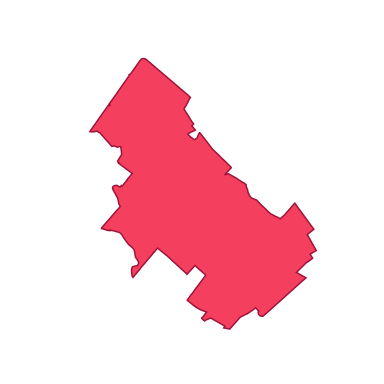 Moara Vlasiei, Ilfov, Romania, rotated 247°
{"feature_id": "2599482B21816132488062", "entity_name": "Moara Vlasiei", "entity_type": "district", "adm_level": 2, "iso_a3": "ROU", "parent_name": "Romania", "parent_adm1": "Ilfov", "projection": "mercator", "projection_center": [26.22, 44.633], "detail": "fine", "context": "isolated", "style": "filled", "palette": "rose", "viewbox_px": 384, "rotation_deg": 247, "n_neighbors": 0, "source": "geoboundaries", "source_scale": "gbopen_adm2", "svg_char_len": 5914}
<svg xmlns="http://www.w3.org/2000/svg" viewBox="0 0 384 384"><g transform="rotate(247 192 192)"><path d="M288.3,122.8L287.5,121.6L287.1,122.3L286.5,123.3L286.3,124.0L286.0,124.3L285.9,124.6L285.9,125.0L285.5,126.3L285.4,127.3L285.3,127.8L285.0,128.6L284.7,128.8L283.9,129.0L283.4,129.2L282.6,130.3L269.9,134.5L268.5,135.0L266.4,135.6L265.2,136.1L265.1,136.6L265.0,137.7L264.8,138.4L264.7,138.6L262.4,140.8L262.3,141.0L262.2,142.8L262.1,143.1L261.9,143.4L261.5,144.1L259.4,143.5L257.3,143.0L255.7,142.5L254.7,142.1L253.8,141.6L253.3,141.0L252.2,139.3L251.3,138.0L249.9,136.1L249.1,135.3L249.2,135.2L247.3,136.2L247.0,135.7L245.7,136.5L232.4,144.2L228.9,137.3L228.7,137.5L224.8,130.2L225.7,129.5L224.8,128.4L224.8,128.1L225.0,127.5L225.1,127.3L225.7,126.8L226.3,126.3L226.8,126.0L227.4,125.5L227.6,125.2L228.1,123.6L228.0,122.7L228.1,122.2L228.0,121.6L227.7,121.1L227.3,120.8L226.8,120.4L225.9,120.2L222.3,120.4L219.9,120.9L218.4,120.8L216.9,121.0L216.4,121.1L215.5,121.1L214.2,121.0L212.0,120.5L209.5,120.1L208.2,120.2L206.7,120.3L205.9,118.8L204.7,116.1L203.0,112.5L202.4,111.4L201.6,109.8L201.0,108.4L200.0,106.5L199.3,105.2L198.6,103.6L197.7,101.7L196.8,100.0L195.9,98.0L194.3,94.9L193.7,94.4L193.3,95.0L192.8,95.8L192.2,96.4L191.7,96.9L191.4,97.3L190.4,98.4L189.6,99.2L189.2,100.2L188.6,101.3L189.0,101.3L187.4,104.0L183.6,108.8L183.0,109.4L181.9,110.1L180.8,110.5L179.6,110.8L178.5,110.9L175.5,111.4L173.4,111.9L172.3,112.1L171.7,112.4L171.1,112.5L170.1,112.7L168.5,113.1L164.6,115.1L163.1,115.7L162.0,116.0L161.0,116.1L156.4,115.1L156.0,115.0L155.5,114.8L154.7,114.7L154.3,114.6L153.2,114.7L150.8,115.2L149.7,115.3L148.1,115.3L147.4,115.0L146.9,114.6L146.3,114.0L145.8,113.3L145.7,112.5L146.0,111.3L146.2,109.9L146.4,108.2L146.0,107.6L145.5,106.9L144.6,106.3L142.1,105.2L140.7,104.7L138.7,104.2L137.0,104.0L136.4,104.3L137.4,106.2L139.7,110.7L140.3,111.8L140.8,112.8L141.5,114.1L142.0,114.8L142.6,116.0L142.9,116.6L145.1,121.2L146.7,124.2L148.4,127.7L149.7,130.3L150.9,132.6L151.0,132.4L151.6,133.5L151.4,133.7L153.8,138.4L146.0,142.5L142.4,144.4L142.2,144.5L125.7,151.9L125.5,152.0L118.4,155.3L118.2,155.3L119.1,157.1L119.6,158.3L120.5,160.2L121.6,162.7L123.2,166.0L116.3,169.2L112.4,171.1L110.2,172.1L109.0,170.3L107.5,167.8L105.6,164.5L104.6,162.8L101.6,157.6L101.1,156.7L98.3,152.2L98.2,151.7L97.5,150.5L95.2,146.8L94.5,145.5L94.3,145.4L94.1,145.3L93.3,145.7L88.2,148.5L86.8,149.2L85.1,150.3L85.1,150.2L84.6,150.5L83.2,151.5L82.3,152.2L81.8,152.6L81.4,152.9L80.2,153.9L79.4,154.7L78.4,155.7L76.0,158.5L74.8,156.7L73.1,154.0L72.5,152.5L72.3,151.9L72.2,151.7L71.9,151.6L70.8,152.0L70.1,152.3L69.0,152.8L68.4,153.1L68.3,153.3L68.4,153.6L68.7,154.7L68.8,155.2L68.8,155.9L68.7,156.5L68.7,157.0L68.7,157.5L68.7,159.2L68.6,159.6L68.4,160.1L68.1,160.4L67.5,160.9L66.6,161.6L65.4,162.4L63.4,164.0L60.8,166.0L59.9,166.7L58.0,168.2L57.4,168.5L57.1,168.7L56.6,169.2L55.9,169.7L55.6,169.9L55.4,169.7L55.3,169.4L54.5,168.1L51.1,173.2L57.9,187.5L58.5,195.2L58.3,195.2L59.8,202.9L60.7,205.4L56.8,206.6L56.6,206.9L56.2,207.0L56.0,206.5L55.8,206.1L54.5,205.6L53.8,205.5L52.9,205.7L51.3,206.3L50.6,207.3L49.9,208.7L52.2,215.7L67.0,258.9L68.2,262.8L68.4,263.4L77.2,256.7L77.3,257.0L78.4,259.8L78.7,260.4L79.3,262.1L82.7,270.8L82.4,271.3L83.0,273.7L83.9,277.2L88.6,276.4L89.4,282.2L89.6,283.5L104.2,281.9L104.7,281.8L106.1,281.7L107.9,281.5L108.7,284.8L110.1,289.6L113.4,288.8L131.1,284.7L136.1,283.5L137.5,283.2L141.6,282.3L134.5,267.7L134.4,267.2L134.0,266.1L133.6,264.7L132.9,262.9L132.9,262.7L133.1,262.6L133.6,262.2L134.1,261.8L134.4,261.6L135.0,261.2L137.0,259.3L141.3,255.8L154.2,250.2L159.0,248.5L159.5,248.2L162.3,245.3L162.9,244.7L163.7,244.3L164.8,243.9L165.7,243.7L166.3,243.6L169.5,243.5L170.5,243.6L171.5,243.9L172.1,244.0L173.6,244.0L175.1,244.1L176.4,244.2L176.8,244.4L177.4,244.7L178.3,244.3L179.3,243.8L180.3,243.1L182.0,241.8L183.3,240.9L185.3,239.5L186.6,238.8L188.3,237.5L193.1,233.8L194.7,232.6L194.7,232.0L194.8,230.4L194.9,229.3L195.3,229.3L195.4,229.5L199.0,237.6L199.7,237.6L205.7,235.1L206.6,234.8L211.6,232.6L214.8,231.3L216.1,230.8L220.0,229.1L223.3,227.7L223.9,227.5L232.7,225.3L235.0,224.6L239.3,223.5L240.8,223.1L242.8,222.5L243.5,222.3L243.7,222.0L243.6,221.8L243.0,221.1L242.2,220.2L241.7,219.8L240.4,218.4L239.9,217.9L239.6,216.9L239.4,216.2L239.3,215.4L239.3,214.8L239.4,214.6L239.6,214.3L240.1,214.0L240.8,213.6L241.9,213.0L243.0,212.3L243.9,211.9L245.2,211.4L246.2,211.0L247.0,210.7L247.1,211.2L247.3,212.1L247.5,215.2L247.5,216.6L247.6,218.3L247.7,219.3L253.0,217.7L253.9,220.1L255.3,219.8L256.9,219.4L258.5,219.1L260.2,218.8L261.9,218.6L264.4,218.3L265.3,218.1L267.0,217.8L268.4,217.5L269.3,217.4L269.7,217.3L270.3,217.3L270.6,217.2L271.2,217.1L271.6,217.1L272.9,218.8L273.0,219.0L273.4,219.3L273.5,219.5L273.6,220.0L274.2,220.8L274.5,221.1L275.0,221.7L275.3,222.0L276.1,223.0L276.4,223.3L277.4,224.6L278.0,225.2L278.6,225.9L278.8,226.1L279.0,226.5L279.6,227.5L281.1,226.9L282.6,226.2L285.3,224.9L286.8,224.1L288.1,223.5L289.9,222.6L291.8,221.6L293.3,220.9L295.9,219.6L299.8,217.6L302.3,216.4L307.4,213.8L308.2,213.5L311.2,211.9L313.0,211.1L313.5,210.8L314.8,210.2L315.9,209.6L316.3,209.4L316.7,209.2L317.5,208.8L318.5,208.3L319.2,208.0L320.7,207.2L321.8,206.7L322.7,206.2L323.6,205.8L325.5,204.8L326.1,204.5L327.0,204.1L327.9,203.6L328.5,203.3L329.9,202.6L330.3,202.4L331.5,201.8L331.8,201.7L332.0,201.5L332.4,201.2L332.8,201.0L333.2,200.5L333.5,200.1L333.9,199.3L334.0,199.0L334.1,198.2L334.1,197.2L333.7,196.3L333.1,195.1L332.2,193.7L330.2,190.5L327.8,186.6L326.7,184.9L325.8,183.4L325.1,182.2L324.7,181.5L324.6,180.5L324.6,180.0L324.0,180.0L323.1,178.7L321.0,175.3L318.4,171.1L313.8,163.8L312.6,161.8L311.6,160.4L310.1,157.9L308.9,155.9L308.2,154.8L306.9,152.5L305.4,150.1L304.0,150.5L303.8,149.6L304.8,149.3L304.1,148.2L301.4,143.8L300.6,142.5L299.4,140.5L298.0,138.3L295.9,134.9L292.2,129.1L291.1,127.1L288.3,122.8Z" fill="#f43f5e" stroke="#9f1239" stroke-width="1.5"/></g></svg>